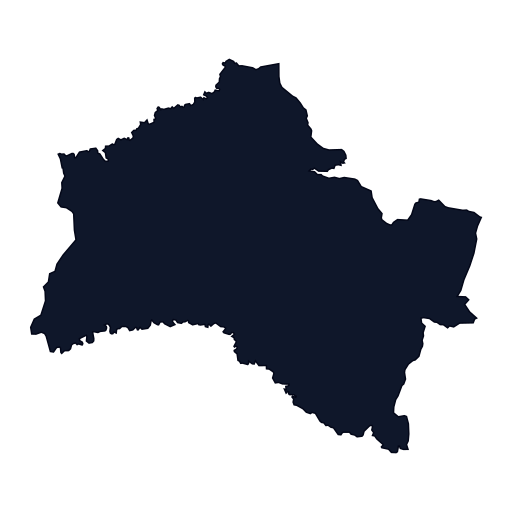 Niangara, Orientale, Democratic Republic of the Congo
{"feature_id": "63176286B33291186627226", "entity_name": "Niangara", "entity_type": "district", "adm_level": 2, "iso_a3": "COD", "parent_name": "Democratic Republic of the Congo", "parent_adm1": "Orientale", "projection": "mercator", "projection_center": [27.865, 3.502], "detail": "fine", "context": "isolated", "style": "filled", "palette": "ink", "viewbox_px": 512, "rotation_deg": 0, "n_neighbors": 0, "source": "geoboundaries", "source_scale": "gbopen_adm2", "svg_char_len": 5966}
<svg xmlns="http://www.w3.org/2000/svg" viewBox="0 0 512 512"><path d="M58.2,154.2L60.4,158.8L62.2,167.9L63.0,168.0L63.7,173.2L65.0,176.1L61.8,182.6L62.1,188.3L57.8,202.9L61.1,206.9L66.4,207.7L72.0,211.4L73.7,213.8L74.4,230.1L76.0,239.8L63.2,254.9L57.0,264.1L55.0,271.4L49.7,273.7L48.4,282.0L43.5,286.9L45.1,291.3L45.5,300.9L40.9,315.2L34.3,319.1L30.7,327.3L31.7,334.0L36.0,334.1L41.3,332.2L44.6,333.5L46.2,336.2L50.4,351.5L53.5,352.0L56.6,347.5L59.7,347.0L60.5,348.1L60.9,352.5L61.7,353.4L64.5,350.7L68.6,350.6L70.5,348.8L71.5,345.0L72.8,343.8L75.5,342.9L77.1,344.6L78.6,343.9L82.1,345.0L82.8,343.8L82.3,342.2L79.7,340.6L79.4,338.6L86.3,335.2L86.9,336.6L86.4,341.0L89.0,343.1L92.3,342.5L93.7,340.9L93.8,338.6L92.6,332.1L93.9,331.7L97.9,332.5L100.2,331.4L104.9,330.9L105.9,330.1L106.6,327.9L106.3,326.4L104.4,325.0L106.7,323.9L108.3,324.1L109.6,325.7L110.4,327.3L109.9,331.4L110.4,333.1L111.5,333.8L112.8,333.7L113.9,332.0L116.2,333.0L116.6,329.6L117.6,328.7L119.6,328.6L121.8,326.5L125.9,326.5L127.9,327.6L129.7,330.6L132.8,329.9L135.4,327.4L136.6,327.6L137.4,329.8L138.1,329.9L140.0,327.3L142.0,329.2L147.8,328.3L150.3,325.1L151.1,320.7L151.8,320.0L154.0,322.7L157.5,324.7L158.6,324.8L160.1,322.0L162.9,321.8L164.7,323.8L170.2,326.6L174.9,324.6L172.7,322.0L172.5,320.8L173.3,319.5L175.8,320.0L177.6,322.6L181.4,323.3L183.1,321.9L185.0,321.8L187.6,320.4L188.5,320.7L188.7,322.6L192.6,324.8L198.2,323.5L198.8,324.7L200.4,325.0L204.9,324.3L205.4,326.6L207.8,327.3L208.1,324.9L208.9,324.1L210.9,326.1L213.8,323.6L215.8,322.9L220.7,326.6L223.6,326.8L225.5,327.9L225.5,328.8L223.1,331.8L224.0,332.8L229.2,334.4L230.5,334.1L231.6,332.5L233.3,332.6L234.5,334.2L231.8,336.4L234.0,337.6L234.4,339.6L236.0,340.8L236.2,342.1L234.0,346.3L234.5,347.0L236.0,346.1L237.3,347.1L236.6,349.0L234.2,350.4L234.4,351.6L237.1,353.9L238.0,360.4L239.5,361.2L240.7,363.3L242.5,363.1L247.7,364.5L248.5,363.6L248.6,361.1L252.3,363.8L254.2,364.0L255.4,360.8L259.0,365.6L266.4,365.5L266.5,368.8L269.3,369.1L273.4,372.0L273.9,373.5L272.6,378.0L275.3,382.9L278.6,382.4L282.5,383.9L288.9,384.1L289.0,385.1L288.0,386.0L285.8,386.4L286.2,389.5L284.4,389.1L286.1,393.1L287.9,391.4L288.8,391.9L288.6,393.7L289.4,394.6L293.6,394.7L296.2,396.3L295.7,397.4L292.5,396.3L292.0,397.0L293.7,399.1L293.1,402.1L294.1,404.8L296.7,405.3L302.9,408.7L306.3,412.2L310.4,413.6L312.0,412.4L315.4,413.3L320.0,421.1L321.5,422.4L323.8,422.8L325.9,425.5L328.1,425.2L330.9,427.2L333.5,427.8L338.2,434.5L340.9,434.8L342.4,432.6L343.6,432.2L349.5,432.2L351.1,434.2L354.7,435.0L357.1,436.8L362.0,436.2L363.1,434.9L364.0,431.3L369.8,425.6L372.0,425.4L372.5,426.7L371.8,430.0L373.7,432.6L372.5,435.5L374.7,435.9L376.8,438.9L382.9,444.3L383.1,445.0L381.4,446.9L381.8,447.7L388.6,449.2L391.4,452.4L396.1,452.6L397.4,451.7L398.4,446.1L399.5,446.2L400.3,448.4L403.5,449.4L408.0,449.3L406.5,444.5L408.2,440.9L408.8,434.0L408.4,423.8L406.5,416.5L404.4,415.7L398.3,416.8L393.5,412.8L393.8,406.9L395.7,399.6L398.0,395.9L401.9,385.5L403.7,384.0L405.5,379.1L404.5,372.5L404.9,369.7L408.4,364.1L412.8,360.6L415.2,359.9L418.9,356.3L420.8,349.3L422.4,346.3L422.8,343.7L422.1,340.2L423.5,335.9L423.1,332.7L425.1,326.3L421.6,323.1L420.9,318.2L423.6,317.6L429.5,318.5L434.3,322.0L437.0,322.3L440.2,324.6L443.4,324.7L447.6,327.8L449.5,325.9L453.7,326.9L459.6,323.1L473.2,322.8L474.6,319.1L476.6,318.1L469.6,311.9L464.6,304.4L468.7,299.8L465.6,296.9L457.1,296.5L460.8,290.4L463.9,279.7L469.8,265.7L473.9,253.2L476.7,239.0L475.5,233.1L477.5,226.0L481.3,217.4L479.7,216.9L474.0,212.5L468.7,211.4L466.7,210.1L462.7,210.3L448.2,207.8L444.9,206.6L438.7,200.2L436.0,201.6L434.0,201.7L431.1,200.6L420.6,198.9L419.4,199.2L418.9,202.2L415.9,203.0L414.9,204.2L411.6,214.7L407.7,220.2L397.5,219.6L393.5,222.4L391.9,224.9L390.1,225.0L386.5,223.4L381.8,219.7L381.3,217.8L382.0,213.6L377.8,208.6L372.1,197.7L371.1,191.0L361.2,186.6L357.5,180.5L354.8,179.1L344.2,177.5L339.4,178.6L334.5,177.3L328.9,178.3L322.5,176.0L321.1,174.6L317.4,174.6L314.6,171.8L309.1,170.9L310.8,169.1L312.8,169.3L314.4,168.1L318.6,171.1L327.3,171.3L328.4,169.7L331.8,168.1L333.9,168.4L335.1,165.2L338.5,164.7L341.0,165.3L340.5,161.8L342.8,163.2L344.4,162.9L343.5,161.9L344.4,159.3L346.1,158.4L345.8,155.2L343.9,151.4L341.6,149.6L329.0,150.0L323.2,148.4L317.2,144.0L310.8,137.1L311.6,130.8L310.9,129.0L307.6,125.1L308.0,122.7L306.2,118.3L307.3,115.9L305.9,109.9L303.3,107.9L300.3,103.1L296.0,97.9L292.6,96.2L281.9,87.4L279.8,83.2L278.9,76.5L278.8,63.7L260.7,67.0L258.7,68.7L255.9,69.7L252.7,67.8L242.1,65.8L238.8,65.9L236.4,63.0L234.6,63.4L233.7,61.5L229.3,59.4L226.0,61.4L225.4,63.0L223.1,62.6L222.4,63.9L223.3,65.3L224.8,65.8L225.4,67.2L219.9,74.3L220.5,76.6L219.5,78.6L219.3,82.1L216.0,85.2L215.8,86.8L216.6,88.2L218.8,88.3L219.7,89.4L219.1,90.9L215.2,90.1L214.4,91.9L212.0,93.6L208.7,92.4L206.3,93.3L204.9,91.9L203.7,94.8L206.3,96.0L207.5,97.6L206.2,98.9L203.9,97.8L203.2,99.5L200.6,97.2L196.8,98.0L195.5,97.5L194.7,98.1L194.8,102.0L193.3,104.5L190.7,105.6L189.5,103.7L185.7,104.4L184.7,105.1L184.2,107.1L183.1,107.3L182.0,106.4L180.1,106.8L179.1,105.3L177.8,104.9L173.8,108.4L172.2,106.9L170.7,108.7L168.4,108.1L163.9,109.4L161.7,108.9L160.9,109.7L159.1,107.3L158.2,107.0L157.1,108.5L157.8,110.5L155.3,112.5L154.5,115.4L155.6,118.1L155.4,119.1L154.0,119.4L154.1,122.3L149.5,124.3L148.2,123.8L147.0,120.0L144.5,122.7L140.3,122.1L140.7,124.5L138.3,128.4L136.9,128.7L136.1,130.3L133.8,130.4L131.7,132.5L133.4,136.1L132.9,138.1L129.9,140.4L129.2,140.1L128.8,138.0L128.0,137.8L127.0,139.6L124.2,138.3L120.9,139.9L118.2,138.4L116.7,139.5L114.8,144.4L113.5,144.7L112.3,144.0L109.0,146.1L105.6,146.2L105.4,148.5L102.8,150.5L105.4,152.6L106.2,157.9L107.9,158.8L108.5,160.1L107.9,161.2L105.4,161.4L103.3,159.3L99.8,153.9L97.8,153.2L97.6,150.7L95.8,148.2L90.3,149.0L89.3,151.4L88.0,151.7L86.9,150.7L79.5,152.1L75.8,157.8L74.7,157.8L74.1,154.3L73.2,153.5L71.9,153.5L66.8,155.9L65.6,155.7L64.0,154.0L61.4,154.2L59.8,153.5L58.2,154.2Z" fill="#0f172a" stroke="#020617" stroke-width="1.5"/></svg>